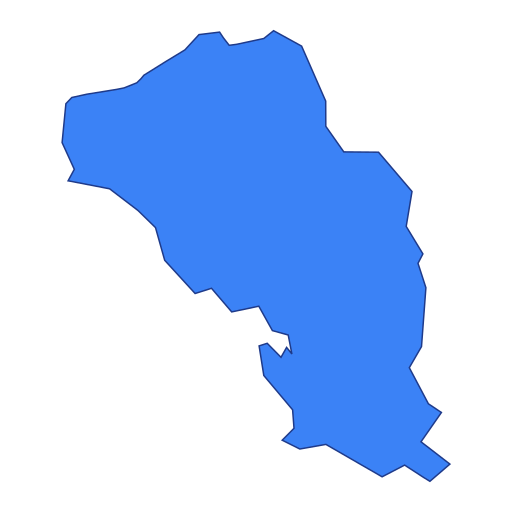 Gjorche Petrov, Gjorče Petrov, North Macedonia (Mercator projection)
{"feature_id": "65306769B13037945767817", "entity_name": "Gjorche Petrov", "entity_type": "district", "adm_level": 2, "iso_a3": "MKD", "parent_name": "North Macedonia", "parent_adm1": "Gjorče Petrov", "projection": "mercator", "projection_center": [21.316, 42.053], "detail": "fine", "context": "isolated", "style": "filled", "palette": "blue", "viewbox_px": 512, "rotation_deg": 0, "n_neighbors": 0, "source": "geoboundaries", "source_scale": "gbopen_adm2", "svg_char_len": 864}
<svg xmlns="http://www.w3.org/2000/svg" viewBox="0 0 512 512"><path d="M425.9,287.7L418.0,263.3L422.9,253.9L406.2,226.4L412.0,191.5L378.5,152.2L343.8,151.9L325.8,126.3L325.7,101.1L301.6,46.1L273.6,30.7L263.8,38.5L236.7,44.3L229.2,45.3L226.0,41.2L223.3,37.7L219.6,32.1L199.0,34.6L184.9,49.9L166.0,61.4L143.9,75.2L141.0,78.7L136.8,82.8L124.1,87.9L116.6,89.4L86.8,94.2L71.8,97.5L65.9,103.7L62.1,142.6L74.3,169.3L68.1,180.8L109.6,188.8L138.0,210.5L155.5,227.6L164.7,260.3L195.1,293.5L211.5,288.3L231.7,311.9L258.8,306.2L272.4,330.6L288.2,335.0L291.9,354.0L286.6,347.4L281.0,357.3L267.2,343.3L259.1,345.9L263.8,375.5L292.6,409.8L294.0,428.3L282.2,440.2L299.8,449.0L325.9,444.4L382.1,476.8L404.6,465.1L423.7,477.5L429.9,481.3L449.9,464.1L421.0,441.8L441.4,412.5L428.4,403.8L409.3,367.7L421.5,346.6L425.9,287.7Z" fill="#3b82f6" stroke="#1e3a8a" stroke-width="1.5"/></svg>